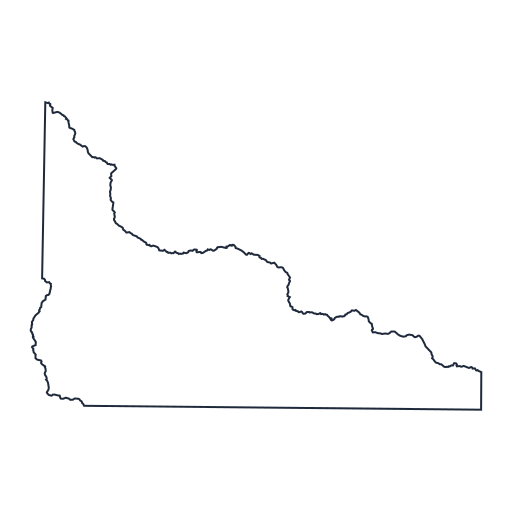 outline of Pehuenches, Neuquén, Argentina
{"feature_id": "61730980B17144703425543", "entity_name": "Pehuenches", "entity_type": "district", "adm_level": 2, "iso_a3": "ARG", "parent_name": "Argentina", "parent_adm1": "Neuquén", "projection": "robinson", "projection_center": [-69.405, -37.182], "detail": "fine", "context": "isolated", "style": "outline", "palette": "slate", "viewbox_px": 512, "rotation_deg": 0, "n_neighbors": 0, "source": "geoboundaries", "source_scale": "gbopen_adm2", "svg_char_len": 5959}
<svg xmlns="http://www.w3.org/2000/svg" viewBox="0 0 512 512"><path d="M481.3,372.1L478.4,370.9L477.7,370.1L476.6,370.5L476.1,370.3L474.9,368.4L472.6,368.6L472.3,367.6L471.1,367.0L469.0,368.0L463.7,365.9L461.7,366.7L461.0,366.7L460.0,366.1L456.8,366.3L456.5,365.5L456.9,364.6L456.8,364.2L455.9,363.3L454.1,363.2L452.9,365.5L451.3,365.4L449.7,366.5L448.6,366.3L448.2,366.9L446.7,366.8L446.1,367.1L444.2,366.8L441.3,364.3L439.7,364.2L438.3,363.2L435.9,362.6L434.0,360.4L433.5,359.5L432.1,358.3L432.7,356.9L432.5,355.9L431.6,354.4L431.3,352.4L425.5,346.3L424.9,344.5L422.2,339.1L419.6,335.9L418.3,335.6L416.6,336.8L415.1,337.2L413.8,336.6L413.0,335.6L412.2,335.1L409.1,334.6L406.6,335.3L405.9,336.2L404.1,336.6L403.0,336.6L400.2,335.8L398.2,334.6L394.8,331.6L393.8,331.5L391.3,331.5L389.4,333.2L388.0,333.9L385.2,333.5L381.8,334.0L380.6,333.4L378.0,333.2L375.2,332.2L372.8,332.4L371.8,330.3L371.9,329.8L372.9,329.1L373.0,328.7L372.2,326.5L371.7,323.7L370.7,323.3L368.8,321.3L368.6,319.4L367.8,317.0L366.7,316.4L364.8,316.4L363.4,316.0L361.5,314.7L360.4,314.4L359.3,312.6L355.9,310.0L354.2,310.8L351.9,310.4L350.5,311.9L347.5,313.2L346.5,314.4L345.4,314.5L344.8,315.7L343.8,316.4L342.9,316.3L342.2,316.6L340.7,316.2L339.9,316.5L339.3,316.3L338.6,316.8L337.4,316.7L336.2,317.1L334.8,318.0L334.2,319.3L332.5,320.3L331.6,320.4L330.9,319.7L331.5,318.5L330.9,318.2L330.0,318.3L329.2,317.1L327.5,315.6L327.1,314.8L325.6,314.6L325.0,314.1L323.9,314.6L322.7,313.9L321.0,314.1L320.4,313.1L320.1,313.1L318.6,314.0L316.7,314.2L315.9,313.6L314.2,313.5L312.0,312.3L309.5,312.4L309.1,312.0L306.7,312.1L305.5,313.5L303.5,313.8L302.8,313.3L301.9,311.8L301.4,311.5L299.2,312.2L298.6,312.1L297.8,311.2L296.1,311.0L295.5,310.0L294.5,310.3L293.0,309.7L292.5,309.1L292.5,307.2L291.9,306.7L290.4,306.3L289.8,303.3L289.0,302.2L288.3,300.7L288.2,300.2L288.8,298.7L289.8,297.1L287.7,296.1L287.9,295.7L287.3,294.4L288.3,292.5L288.4,291.6L287.8,288.2L287.2,287.3L287.6,285.9L288.5,285.0L289.0,283.2L289.9,281.4L290.0,281.0L289.0,279.8L290.0,277.5L287.7,274.2L287.3,272.9L285.6,272.0L284.2,270.3L283.1,268.1L282.6,267.6L281.0,267.2L278.6,267.5L277.4,267.0L276.2,264.8L274.3,262.7L271.1,263.5L270.2,262.6L267.3,262.0L265.9,260.2L263.3,258.9L261.6,258.9L260.9,257.8L259.7,257.5L259.4,257.1L259.5,255.9L257.6,254.9L253.8,254.7L251.6,253.3L250.6,254.0L249.0,252.9L248.6,252.9L246.9,254.8L246.0,254.6L243.7,252.2L241.1,250.3L237.3,248.5L235.7,248.1L235.4,246.7L233.7,244.9L232.3,244.8L231.8,245.1L231.8,245.7L231.2,245.7L230.4,245.1L229.8,245.0L228.1,246.3L226.5,246.6L226.7,247.8L226.1,248.0L221.0,246.8L218.5,247.2L217.9,247.1L217.0,247.8L216.8,248.7L214.0,250.7L213.0,250.7L211.0,249.4L210.4,249.3L209.3,250.0L207.7,249.4L207.1,250.5L205.8,250.9L202.9,252.9L201.3,253.1L200.9,252.2L200.3,251.9L196.9,252.3L196.5,251.9L196.4,251.2L196.9,250.0L196.7,249.7L194.7,249.5L193.7,249.7L192.6,250.8L190.6,250.5L188.7,251.0L188.2,252.2L186.4,253.2L183.6,252.6L183.3,253.4L181.1,253.9L179.8,253.6L178.8,254.0L178.0,253.2L176.2,252.7L175.4,251.6L175.0,251.6L173.5,253.1L171.3,253.3L170.5,252.7L168.2,252.8L167.5,252.4L167.4,251.9L166.5,251.8L164.5,249.8L162.9,250.8L159.3,250.4L158.5,248.3L157.5,247.1L155.2,246.2L153.1,245.6L151.1,246.3L150.2,245.9L149.5,244.9L148.9,245.2L146.7,244.7L146.4,244.3L146.2,242.8L143.5,241.3L142.3,240.1L141.1,239.7L140.6,238.8L137.6,237.5L136.7,236.3L133.1,235.1L132.5,234.7L131.9,233.7L130.5,233.1L129.4,232.1L126.7,232.6L126.2,232.4L125.1,231.0L123.2,229.6L122.7,227.7L120.6,226.4L119.1,225.8L116.7,223.6L116.0,223.3L115.4,222.6L115.1,221.4L114.2,220.4L113.9,219.0L114.6,217.7L114.8,216.9L114.2,213.4L114.8,212.5L114.0,211.3L112.7,210.3L112.4,209.3L113.4,202.7L113.3,202.3L112.0,201.7L110.6,199.8L110.9,198.2L110.1,195.9L110.3,194.0L110.0,191.7L110.7,189.6L110.9,187.4L110.3,185.3L110.6,182.5L111.9,180.3L111.8,179.9L109.7,177.9L111.4,176.0L111.1,174.5L111.2,173.3L116.2,168.8L116.3,168.2L114.6,165.9L114.5,164.7L112.8,164.9L111.4,164.4L110.8,164.8L109.7,164.0L108.0,164.1L107.6,164.0L106.8,162.5L105.7,162.1L104.9,161.1L103.1,160.7L102.8,159.9L99.8,158.2L96.9,158.4L95.6,157.3L94.7,157.6L93.9,157.1L92.3,157.2L88.4,153.2L87.8,151.5L87.6,149.7L86.7,147.6L86.1,146.9L85.0,146.1L83.4,146.2L82.7,146.6L79.6,144.3L78.7,144.2L76.4,142.7L76.2,142.2L74.5,141.5L73.4,139.3L73.5,138.6L74.4,137.3L74.2,136.1L75.3,133.5L75.0,131.9L74.4,130.7L74.3,129.9L72.2,128.7L69.6,127.8L69.3,127.3L69.2,125.5L68.5,122.5L68.5,120.7L67.9,120.5L67.5,119.6L66.1,118.9L66.5,118.4L64.9,116.4L63.8,116.0L63.5,115.3L62.1,114.8L61.3,113.9L58.9,112.3L57.1,111.9L53.2,113.0L52.7,112.8L52.3,110.3L52.7,107.9L50.2,106.0L50.0,105.3L50.3,104.5L50.3,104.0L49.0,103.3L48.8,102.8L48.5,103.1L47.2,102.9L45.3,102.3L42.1,278.4L44.2,278.8L45.0,279.9L45.1,281.0L46.8,282.4L49.2,282.2L49.8,283.2L50.9,283.9L50.7,284.6L51.1,286.6L50.7,287.7L50.7,288.9L50.3,289.8L49.5,293.6L48.5,294.9L46.9,295.2L45.8,296.0L45.5,299.6L42.6,301.4L42.4,302.0L41.6,303.1L41.2,307.1L40.1,307.9L39.7,309.7L39.1,310.2L39.5,311.3L39.2,311.4L38.9,312.3L38.3,313.0L35.6,315.2L33.5,318.4L33.1,320.3L31.9,321.9L32.1,323.8L31.8,324.2L32.1,324.7L31.5,325.9L31.7,327.3L30.9,329.0L30.7,330.3L31.1,331.6L31.9,332.1L32.0,333.0L32.4,333.3L32.6,334.5L33.0,334.8L32.9,336.0L33.4,336.4L33.0,336.9L33.3,337.4L33.0,337.6L33.2,338.0L35.8,341.9L35.6,345.1L32.4,346.4L32.0,347.1L33.4,348.9L33.1,349.9L33.3,350.1L33.7,352.3L35.7,354.6L35.5,355.5L35.5,358.2L37.1,359.6L41.1,360.5L41.6,361.7L41.1,362.5L41.2,363.3L42.4,364.6L45.1,366.3L45.2,366.6L44.8,367.0L45.5,368.6L45.7,370.4L45.7,371.2L44.7,373.1L44.8,374.1L45.3,375.4L46.2,376.5L46.7,378.4L46.6,379.2L46.1,379.7L47.0,380.5L48.0,382.7L48.8,387.8L48.4,389.8L46.8,392.3L47.5,393.7L48.9,395.0L51.6,395.7L52.9,394.6L54.7,394.6L58.2,395.5L59.3,395.5L59.7,395.6L60.3,398.0L60.8,398.6L63.0,398.8L65.8,397.7L68.9,398.6L70.2,399.8L72.9,399.7L74.5,398.6L75.4,398.5L78.5,398.8L79.3,399.2L80.2,400.5L81.7,401.5L82.2,403.1L83.2,403.9L84.1,405.8L481.1,409.7L481.3,372.1Z" fill="none" stroke="#1e293b" stroke-width="2"/></svg>